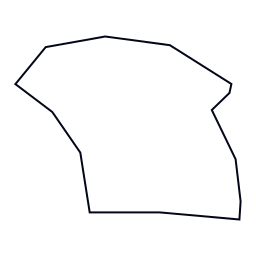 Saint Patrick, Albers equal-area conic projection
{"feature_id": "GRD-5075", "entity_name": "Saint Patrick", "entity_type": "Parish", "adm_level": 1, "iso_a3": "GRD", "parent_name": "Grenada", "parent_adm1": "", "projection": "albers", "projection_center": [-61.638, 12.208], "detail": "fine", "context": "isolated", "style": "outline", "palette": "ink", "viewbox_px": 256, "rotation_deg": 0, "n_neighbors": 0, "source": "natural_earth", "source_scale": "10m", "svg_char_len": 294}
<svg xmlns="http://www.w3.org/2000/svg" viewBox="0 0 256 256"><path d="M15.4,84.1L45.7,47.1L105.1,36.5L169.9,45.2L231.4,84.0L229.5,92.9L211.8,110.0L235.6,159.2L240.6,201.4L239.4,219.5L159.7,212.4L89.7,212.4L80.3,152.6L52.3,112.0L15.4,84.1Z" fill="none" stroke="#020617" stroke-width="2"/></svg>